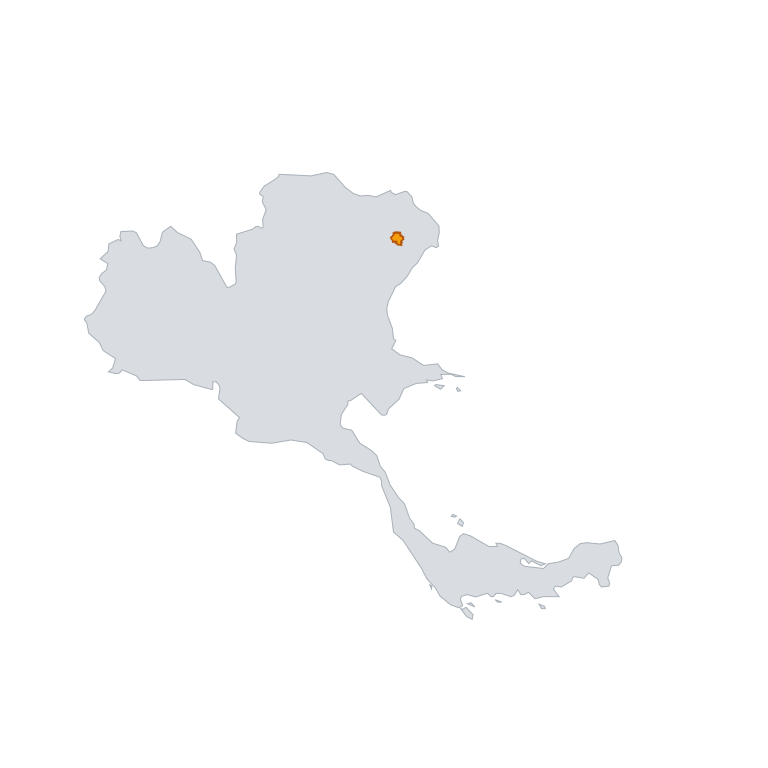 location of Kanthararom, Si Sa Ket, Thailand, rotated 309°
{"feature_id": "78962969B19002153549753", "entity_name": "Kanthararom", "entity_type": "district", "adm_level": 2, "iso_a3": "THA", "parent_name": "Thailand", "parent_adm1": "Si Sa Ket", "projection": "mercator", "projection_center": [104.547, 15.116], "detail": "fine", "context": "in_parent", "style": "filled", "palette": "amber", "viewbox_px": 768, "rotation_deg": 309, "n_neighbors": 0, "source": "geoboundaries", "source_scale": "gbopen_adm2", "svg_char_len": 6971}
<svg xmlns="http://www.w3.org/2000/svg" viewBox="0 0 768 768"><g transform="rotate(309 384 384)"><path d="M329.1,86.5L329.7,89.6L332.8,85.6L336.8,83.6L344.8,92.4L345.7,96.2L340.0,110.2L340.9,114.9L344.6,118.7L349.0,121.0L353.7,120.4L362.5,116.3L372.3,119.0L371.7,128.2L375.2,143.0L370.4,158.0L365.7,165.4L369.3,171.9L369.6,177.9L360.2,201.2L362.1,203.0L368.0,205.5L370.5,204.7L380.3,195.6L391.1,188.5L394.6,182.5L401.5,180.4L407.6,175.1L421.7,184.5L425.5,185.3L427.3,186.9L428.0,190.8L429.8,191.4L435.6,186.1L445.3,182.7L449.1,174.6L453.7,172.2L453.2,168.2L454.7,166.8L462.6,166.4L474.6,170.6L478.9,171.5L480.9,170.5L499.9,196.4L512.2,206.3L515.3,213.0L512.4,230.2L512.7,240.1L515.4,247.6L520.6,252.8L524.4,260.2L538.7,267.3L537.5,269.2L538.4,273.8L547.2,279.2L548.0,281.0L547.0,287.9L542.9,293.2L542.0,297.4L542.0,302.8L544.3,310.8L541.4,327.3L536.1,331.9L529.3,335.2L525.5,339.7L522.7,338.6L521.4,334.0L513.8,331.5L499.2,333.8L491.9,332.8L482.2,334.3L472.6,333.7L467.0,331.7L451.1,335.4L444.4,338.6L439.6,343.4L432.5,355.4L425.2,362.9L425.2,365.9L416.2,367.8L416.7,378.0L421.9,389.2L423.4,403.2L433.5,413.1L431.6,420.0L432.8,426.8L440.6,442.3L434.9,434.9L433.8,429.9L427.1,422.2L425.0,426.0L417.2,420.2L413.8,414.4L412.6,417.0L404.9,408.8L397.0,404.4L392.6,402.4L381.5,405.3L367.4,403.1L362.0,405.2L359.8,403.9L358.4,401.4L362.4,372.2L350.2,368.5L348.1,366.6L345.5,368.8L333.5,370.0L324.9,375.4L323.8,379.9L327.8,387.9L322.8,402.4L324.4,416.0L323.8,423.5L317.7,433.0L316.2,440.6L309.4,452.2L304.9,466.8L303.8,475.4L295.8,488.3L293.9,495.6L291.1,498.4L292.2,504.2L290.9,522.0L296.0,534.8L294.6,540.8L300.1,542.9L313.2,538.8L317.7,539.9L320.4,546.9L323.8,568.0L329.3,574.4L330.7,571.2L333.3,574.6L335.3,580.8L342.2,613.9L345.8,622.5L341.6,620.4L339.3,609.9L335.5,609.5L336.8,603.0L334.4,600.6L330.5,602.5L330.6,607.6L341.0,624.1L347.5,624.6L355.6,631.8L364.6,637.2L375.8,635.3L383.6,637.0L388.2,641.4L395.6,652.6L407.6,661.9L405.7,667.7L401.0,672.4L398.5,678.5L395.2,680.3L390.8,680.4L385.9,675.2L374.1,679.9L371.4,684.7L368.4,686.0L363.1,680.7L363.6,677.7L366.9,673.3L366.0,661.9L358.9,661.7L354.1,653.2L352.6,652.4L349.2,653.7L337.9,649.6L334.6,644.3L331.2,644.7L328.9,653.9L319.0,641.6L312.1,636.5L313.1,627.4L308.4,625.4L306.5,622.9L308.2,617.4L301.8,618.2L298.7,616.7L295.0,606.8L291.8,602.9L287.6,602.9L286.2,601.0L286.5,596.1L276.1,589.2L272.8,581.3L267.8,577.8L264.7,578.9L261.5,584.4L259.2,584.1L257.0,582.5L254.3,574.6L254.4,560.8L257.8,552.7L259.6,539.8L264.4,528.9L274.5,497.1L274.9,484.6L292.1,466.6L303.5,446.1L307.2,443.1L308.9,439.3L302.9,422.7L300.2,411.2L300.6,408.2L293.2,400.4L291.4,391.3L289.4,388.5L288.8,385.6L291.5,380.3L289.9,360.6L281.9,346.9L267.5,334.2L254.6,315.6L252.9,309.0L252.4,299.6L262.8,293.3L266.9,292.9L268.3,264.7L277.3,259.4L279.2,257.0L280.1,252.3L278.0,249.6L272.2,254.2L271.1,253.2L263.8,236.5L262.3,226.5L233.2,192.3L234.5,186.5L230.3,171.7L226.0,171.5L223.1,168.8L220.0,162.2L225.6,163.1L234.8,159.3L233.2,144.9L237.1,136.5L237.6,122.7L244.5,114.5L245.4,110.5L249.3,110.0L254.3,113.0L259.6,113.0L281.2,109.5L284.0,105.8L285.3,98.2L287.5,95.7L292.3,95.1L297.9,96.6L303.8,93.6L302.7,84.6L313.1,86.2L319.8,82.0L329.1,86.5ZM262.1,588.2L260.7,598.5L256.6,600.6L255.3,594.6L257.6,584.9L258.8,587.2L262.1,588.2ZM327.0,527.9L326.3,532.9L322.7,534.5L321.8,529.0L327.0,527.9ZM416.2,424.7L420.6,431.8L415.5,431.2L414.5,424.3L416.2,424.7ZM310.8,650.7L308.6,647.7L310.5,643.0L312.3,648.8L310.8,650.7ZM268.8,589.3L267.9,594.9L265.8,587.2L268.8,589.3ZM327.1,523.5L325.2,522.9L323.5,519.6L325.9,519.6L327.1,523.5ZM286.3,606.1L288.7,612.8L286.0,609.7L286.3,606.1ZM427.6,443.5L426.9,447.8L424.7,446.0L426.1,442.9L427.6,443.5ZM257.2,548.2L254.8,549.8L256.8,545.9L257.2,548.2Z" fill="#d9dde1" stroke="#a8b0b8" stroke-width="1"/><path d="M510.4,298.7L510.2,298.8L509.9,298.8L509.8,298.7L509.8,298.4L509.8,298.2L509.6,297.8L509.5,297.6L509.4,297.5L509.3,297.4L509.1,297.4L509.0,297.5L508.8,297.7L508.8,297.9L508.8,298.0L509.1,298.0L509.3,298.4L509.3,298.5L509.2,298.5L509.1,298.3L509.0,298.2L508.9,298.2L508.6,298.2L508.5,297.6L508.4,297.2L508.5,297.0L508.4,296.8L508.3,296.7L508.2,296.9L507.9,296.9L507.6,296.7L507.4,296.7L507.4,296.8L507.5,297.1L507.4,297.2L507.2,297.1L507.3,296.8L507.2,296.7L507.1,296.4L507.0,296.5L506.9,296.8L506.6,297.0L506.4,297.0L506.2,297.1L506.1,297.3L505.8,297.4L505.7,297.4L505.8,297.6L505.7,297.6L504.7,297.7L504.3,297.6L503.6,297.6L503.4,297.5L503.0,297.2L502.9,297.0L502.0,297.0L501.9,297.3L501.7,297.7L501.4,298.3L501.3,298.7L501.2,299.1L501.1,299.4L501.1,299.9L501.0,300.2L501.0,300.5L500.9,300.7L500.7,300.8L500.4,300.9L500.3,301.0L500.0,301.1L499.8,301.6L500.0,301.7L500.0,301.8L500.3,301.9L500.4,302.1L500.4,302.3L500.5,302.4L500.6,302.5L501.2,302.5L501.5,302.5L501.8,302.8L501.9,303.0L501.8,303.3L501.7,303.3L501.8,303.4L501.7,303.4L501.7,303.5L501.8,303.5L501.7,303.6L501.8,303.7L501.8,303.8L502.0,303.9L502.1,304.0L501.9,304.0L501.7,304.1L501.5,304.3L501.4,304.4L501.3,304.5L501.2,304.5L501.3,304.6L501.2,304.6L501.3,304.6L501.3,304.8L501.3,305.0L501.4,305.3L501.4,305.5L501.2,305.7L501.3,305.7L501.2,305.7L501.2,305.8L501.1,306.0L501.1,306.3L501.1,306.6L501.1,306.8L501.1,307.0L501.0,307.3L501.0,307.6L501.4,307.6L501.6,307.7L501.7,307.9L501.7,308.2L501.8,308.4L502.1,308.8L502.5,309.2L502.6,309.4L502.6,309.6L502.5,309.9L502.5,310.0L502.8,310.0L502.9,309.9L503.0,309.9L503.0,309.7L503.1,309.8L503.1,309.7L503.4,309.6L503.4,309.3L503.4,309.2L503.3,309.3L503.3,309.1L503.5,309.0L503.8,309.1L503.7,309.0L503.7,308.9L503.8,308.9L504.2,308.9L504.3,309.0L504.6,308.8L505.0,308.9L504.9,308.7L505.0,308.7L505.1,308.4L505.0,308.2L505.3,308.1L505.2,308.0L505.3,307.9L505.2,307.8L505.3,307.7L505.5,307.5L505.7,307.8L505.9,307.8L506.0,307.8L506.3,307.8L506.5,307.8L506.6,307.7L506.6,307.4L506.8,307.4L506.9,307.5L507.0,307.6L507.2,307.8L507.3,307.8L507.5,307.7L507.6,307.8L507.8,307.8L508.0,307.7L508.0,307.8L508.1,308.0L508.0,307.9L508.2,307.7L508.3,307.7L508.5,307.8L508.5,307.7L508.4,307.6L508.6,307.6L508.9,308.0L509.0,307.9L509.1,307.7L509.0,307.4L509.3,307.2L509.6,307.1L509.6,306.8L509.6,306.7L509.4,306.7L509.5,306.6L509.6,306.4L509.8,306.4L509.9,306.5L510.0,306.5L509.9,306.4L510.1,306.2L509.9,306.1L509.9,305.9L510.0,305.9L510.1,305.7L510.1,305.4L510.1,305.0L510.4,304.6L510.0,304.5L509.8,304.6L509.7,304.5L509.8,304.3L510.1,304.1L510.3,304.0L510.2,303.9L509.9,303.9L509.8,304.1L509.7,304.2L509.5,303.8L509.6,303.7L509.9,303.6L509.7,303.3L509.9,303.1L509.8,302.9L510.1,302.9L510.2,302.7L510.6,302.7L510.8,302.6L511.1,302.3L511.5,301.9L512.0,301.5L512.1,301.3L512.1,301.2L511.9,301.0L511.7,301.0L510.9,301.5L510.7,301.5L510.6,301.4L510.6,301.2L510.7,300.8L510.8,300.7L511.1,300.5L511.4,300.3L511.4,300.2L511.2,300.0L511.0,300.3L510.9,300.4L510.7,300.4L510.6,300.2L510.8,299.9L510.8,299.7L510.5,299.6L510.4,299.6L510.1,299.8L509.9,299.7L510.0,299.5L510.2,299.4L509.9,299.2L510.0,299.0L510.4,299.0L510.5,299.0L510.5,298.9L510.4,298.7L510.4,298.7Z" fill="#f59e0b" stroke="#b45309" stroke-width="1.5"/></g></svg>